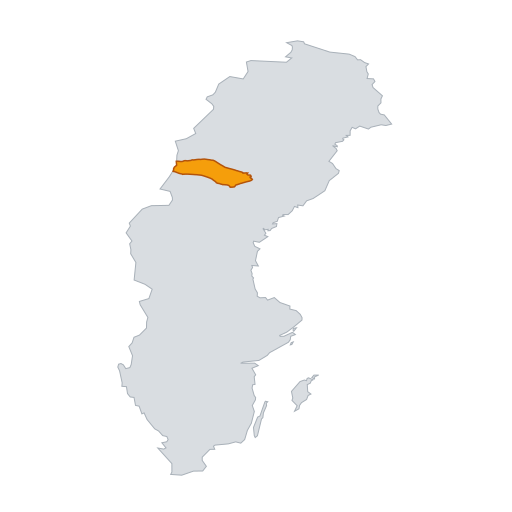 Vilhelmina, Västerbotten, Sweden (highlighted), rotated 353°
{"feature_id": "70781695B71787766152021", "entity_name": "Vilhelmina", "entity_type": "district", "adm_level": 2, "iso_a3": "SWE", "parent_name": "Sweden", "parent_adm1": "Västerbotten", "projection": "robinson", "projection_center": [16.098, 64.897], "detail": "fine", "context": "in_parent", "style": "filled", "palette": "amber", "viewbox_px": 512, "rotation_deg": 353, "n_neighbors": 0, "source": "geoboundaries", "source_scale": "gbopen_adm2", "svg_char_len": 5735}
<svg xmlns="http://www.w3.org/2000/svg" viewBox="0 0 512 512"><g transform="rotate(353 256 256)"><path d="M111.1,347.9L113.0,351.9L117.2,351.4L118.9,348.5L121.3,339.9L118.7,330.4L122.5,327.1L125.0,321.8L130.7,320.3L138.5,314.2L139.4,308.2L141.2,303.8L135.1,290.3L134.7,286.9L144.5,285.2L148.9,276.3L142.3,270.5L132.1,265.0L136.0,247.8L131.9,238.5L132.6,234.5L132.1,228.5L134.7,226.0L129.9,217.2L135.0,211.0L134.2,207.9L148.8,195.6L158.3,193.3L175.7,195.1L179.9,190.3L180.1,187.6L178.6,181.4L168.9,177.8L179.7,166.7L188.1,156.3L189.8,146.3L191.8,142.0L189.9,132.2L201.1,131.1L211.1,127.1L209.7,121.7L231.7,105.2L232.3,102.3L230.7,99.5L225.5,94.4L227.0,92.1L232.8,90.8L235.6,88.5L240.0,80.8L251.9,74.7L264.9,78.7L270.6,71.9L270.1,62.3L274.8,61.4L309.8,67.4L315.6,63.8L309.6,61.9L315.4,58.1L317.1,55.8L317.6,53.0L317.3,51.5L312.4,48.0L323.4,47.5L329.4,49.2L330.0,51.3L354.1,62.6L373.1,67.0L378.6,70.2L380.7,73.7L383.7,73.9L387.3,77.2L391.1,79.1L388.2,81.4L388.5,86.6L389.6,89.0L387.9,93.4L394.2,94.5L395.3,97.3L392.1,100.0L392.7,103.1L401.0,112.4L399.1,115.4L398.7,119.2L395.2,122.0L394.8,124.9L395.6,128.6L396.9,130.4L400.5,131.6L406.7,141.6L400.8,142.3L396.2,141.0L385.7,142.2L383.1,143.7L374.8,139.7L370.3,141.9L367.1,140.0L364.7,143.2L364.1,147.7L360.3,147.3L361.8,149.0L356.7,149.6L356.3,150.3L357.4,151.4L355.9,152.7L348.8,153.2L347.9,154.6L350.0,156.4L350.0,157.5L345.4,155.8L348.6,159.1L349.4,161.4L339.9,170.9L343.2,173.5L346.0,179.0L349.0,181.4L347.9,184.0L337.9,190.1L332.3,199.6L319.7,205.9L313.0,207.4L308.7,211.9L303.6,210.5L303.5,213.1L300.2,211.5L297.5,215.5L292.9,218.8L287.9,218.2L287.3,218.8L288.9,219.8L283.0,220.6L281.4,224.1L277.0,225.1L276.3,226.2L280.7,226.4L279.9,229.2L274.9,230.6L273.1,232.5L270.9,232.4L271.3,231.0L268.0,231.1L266.9,229.5L266.3,229.9L268.6,234.6L266.9,236.4L270.1,238.2L261.0,242.8L255.5,241.0L254.8,242.4L256.0,246.3L260.8,249.4L258.0,251.5L254.9,260.6L257.1,266.2L250.7,264.9L251.2,267.0L249.2,269.5L250.0,273.0L249.4,275.4L250.9,277.5L250.1,278.5L251.1,288.5L252.9,292.7L252.3,296.1L254.9,298.0L260.4,298.4L262.1,301.2L269.1,299.5L274.1,305.1L283.6,309.8L283.1,312.8L289.2,315.1L292.8,319.3L294.2,322.9L293.8,325.2L284.5,331.2L277.3,335.3L269.8,337.7L270.2,338.7L273.9,339.1L282.9,336.2L285.5,338.8L280.7,339.9L279.7,343.4L277.6,345.6L257.7,353.6L255.1,356.0L246.2,360.0L230.1,359.7L227.7,360.6L241.6,362.2L244.9,365.1L238.3,366.9L241.2,373.9L239.5,375.6L239.4,383.3L237.0,383.4L236.0,386.6L237.2,394.3L238.4,396.4L237.9,398.7L234.1,403.9L235.4,410.1L231.0,421.4L226.2,428.0L222.4,436.8L218.1,439.9L213.2,438.0L205.7,439.1L192.3,438.7L190.6,439.6L191.5,442.8L186.7,442.3L178.1,449.1L177.7,452.4L181.1,458.7L176.9,462.9L167.7,461.9L155.6,464.5L144.7,462.4L146.2,460.2L147.2,451.8L135.1,434.6L140.9,436.4L143.3,435.5L139.8,429.9L144.8,429.5L146.4,427.5L145.5,424.3L141.5,422.9L138.0,417.8L134.4,415.2L128.0,405.1L125.8,398.1L123.5,398.8L121.7,390.8L118.2,389.6L117.7,381.5L114.0,380.6L111.7,376.9L111.5,369.9L107.0,369.0L107.7,365.6L106.6,353.3L105.3,349.4L106.5,346.6L108.9,346.3L111.1,347.9ZM297.6,385.8L295.6,386.6L294.4,388.8L291.2,389.9L290.8,397.0L293.7,399.7L290.7,400.8L288.7,404.6L283.3,407.1L281.1,409.5L280.0,412.9L275.3,414.8L278.6,409.6L274.1,403.7L275.2,401.5L274.7,394.7L284.4,386.0L288.9,385.0L290.9,385.9L291.8,383.8L293.2,383.3L297.6,385.8ZM235.5,434.6L233.1,436.1L232.4,434.0L232.6,425.9L238.0,416.1L240.4,415.3L246.9,402.2L247.6,401.3L249.9,402.1L248.2,403.4L248.3,405.7L244.2,412.7L243.1,417.3L241.6,418.4L235.5,434.6ZM299.5,383.1L299.1,385.1L296.6,383.5L298.9,381.3L303.7,381.8L299.5,383.1ZM287.4,332.2L284.3,335.3L283.7,334.0L284.3,332.5L287.4,332.2ZM280.8,348.2L279.2,348.4L280.4,346.3L282.5,345.8L280.8,348.2Z" fill="#d9dde1" stroke="#a8b0b8" stroke-width="1"/><path d="M188.4,152.3L188.4,152.7L188.3,155.8L188.2,156.4L187.8,156.6L187.2,157.0L186.3,157.5L185.8,157.9L185.5,158.3L185.4,158.6L185.0,158.9L184.9,159.2L184.8,159.7L184.7,160.3L184.6,161.0L184.3,161.3L184.0,161.8L184.3,162.0L184.9,162.2L185.4,162.3L186.1,162.6L187.7,163.5L189.8,164.6L190.8,165.0L191.4,165.2L192.6,165.6L193.0,166.0L194.4,166.0L196.6,166.2L198.7,166.5L200.8,166.9L202.4,167.2L205.4,167.8L207.2,168.1L208.8,168.5L211.4,169.1L212.5,169.5L214.9,170.6L217.4,171.8L220.1,173.2L221.9,174.4L223.0,175.6L224.4,176.8L225.2,177.7L225.6,178.5L227.0,179.2L228.4,179.6L230.0,180.4L230.9,180.7L231.6,181.1L233.1,181.3L233.9,181.5L234.7,181.6L235.4,181.8L236.2,182.0L237.0,182.4L237.6,182.7L238.4,183.7L238.8,184.3L238.8,184.6L241.4,184.8L243.1,184.7L243.5,184.3L244.0,183.8L244.5,183.2L245.5,182.9L246.4,182.9L247.1,182.6L248.1,182.5L249.4,182.1L250.9,182.0L251.6,181.8L253.1,181.6L254.9,181.3L256.5,181.1L258.5,180.9L259.4,180.7L260.4,180.4L261.1,180.1L261.7,179.5L261.2,178.8L261.1,178.6L260.5,178.3L260.4,178.1L260.4,177.7L260.0,177.7L259.7,177.2L259.9,176.6L260.2,176.4L260.8,176.3L260.6,175.7L260.6,175.4L260.2,175.0L259.5,174.9L258.8,174.8L258.2,174.7L257.6,174.4L257.4,174.1L257.0,173.7L257.2,173.3L257.6,173.0L257.8,172.7L257.6,172.7L257.0,172.4L256.0,172.3L254.1,172.2L253.2,172.2L253.1,171.6L252.8,171.4L251.5,170.7L250.4,170.3L249.0,169.7L248.3,169.3L246.9,168.8L245.6,168.1L243.7,167.3L242.0,166.6L239.9,165.8L238.3,165.1L237.1,164.6L235.9,164.1L235.0,163.3L233.7,162.3L231.9,161.0L230.1,159.5L228.5,158.2L227.5,157.3L226.1,156.3L225.0,155.7L223.3,155.4L222.0,154.9L219.9,154.4L218.9,154.1L217.7,153.8L216.6,153.5L214.8,153.4L212.6,153.4L211.2,153.1L209.2,153.0L205.8,153.1L205.1,152.9L204.3,152.8L203.6,153.0L202.9,153.2L201.8,153.2L200.7,153.2L199.4,153.2L199.0,153.1L198.3,152.9L197.3,152.7L196.3,152.7L195.6,152.9L195.1,153.1L194.0,153.2L192.8,153.1L191.9,152.8L191.2,152.7L190.7,152.7L190.3,152.4L189.3,152.3L188.4,152.3Z" fill="#f59e0b" stroke="#b45309" stroke-width="1.5"/></g></svg>